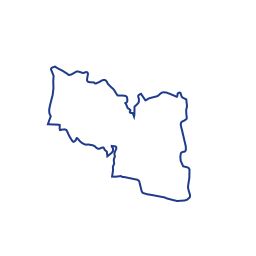 the district of Ha Giang, Hà Giang, Vietnam, rotated 236°
{"feature_id": "81297802B3651989276752", "entity_name": "Ha Giang", "entity_type": "district", "adm_level": 2, "iso_a3": "VNM", "parent_name": "Vietnam", "parent_adm1": "Hà Giang", "projection": "natural_earth1", "projection_center": [104.979, 22.815], "detail": "fine", "context": "isolated", "style": "outline", "palette": "blue", "viewbox_px": 256, "rotation_deg": 236, "n_neighbors": 0, "source": "geoboundaries", "source_scale": "gbopen_adm2", "svg_char_len": 3307}
<svg xmlns="http://www.w3.org/2000/svg" viewBox="0 0 256 256"><g transform="rotate(236 128 128)"><path d="M219.7,101.9L220.4,99.3L220.5,98.4L220.2,97.5L219.6,96.9L216.0,96.2L212.7,95.4L208.6,92.2L202.6,88.4L197.5,84.0L195.3,81.5L190.5,76.1L187.7,73.3L186.4,72.3L184.0,71.0L180.9,70.5L178.6,67.3L175.9,63.7L169.3,72.6L168.7,73.1L167.6,72.3L165.6,70.9L164.8,70.7L164.3,70.5L163.9,71.0L163.8,71.9L163.4,72.7L162.6,74.1L162.4,74.6L160.9,75.8L160.6,75.8L157.7,75.4L154.9,74.9L152.7,74.7L148.7,74.6L147.4,74.8L146.9,75.2L146.8,76.0L147.0,77.4L147.3,78.3L148.2,79.4L148.3,79.9L148.0,80.2L146.4,80.5L144.1,80.7L141.5,81.4L139.2,82.6L137.9,83.6L136.4,86.0L133.3,89.2L132.2,89.8L131.2,90.3L129.6,90.6L128.3,91.1L127.8,91.3L127.1,92.2L126.7,93.1L126.3,95.4L126.0,96.1L125.5,96.7L124.9,96.8L124.0,96.6L122.8,96.5L121.8,96.8L120.8,97.1L119.9,97.1L118.8,96.5L116.1,95.1L116.2,96.6L116.5,100.3L116.8,101.3L117.2,102.5L118.9,103.8L119.8,104.2L120.3,104.2L121.5,104.1L122.2,104.5L121.2,105.6L120.4,106.6L119.8,107.3L119.2,107.5L118.6,107.5L117.4,106.7L116.2,104.8L114.9,102.9L114.0,102.2L111.6,101.1L110.5,99.4L109.4,98.3L108.1,97.6L106.2,96.6L104.4,93.9L104.0,93.6L103.2,93.1L101.6,92.2L99.5,90.3L96.6,87.6L95.7,88.8L94.1,91.3L92.1,95.3L90.7,95.8L89.4,97.5L79.9,106.8L78.5,107.4L77.6,107.5L68.0,104.0L66.8,103.9L65.8,104.0L62.1,107.1L59.5,109.9L51.8,117.7L50.1,119.4L47.8,120.9L42.7,125.4L39.9,128.0L38.4,130.7L36.3,134.3L35.5,136.9L35.9,140.0L36.4,141.0L37.5,141.8L39.8,142.6L42.5,143.4L45.4,144.6L47.8,146.7L52.5,151.1L56.3,153.7L59.2,155.8L60.3,155.9L61.1,155.8L61.7,155.5L62.7,154.8L65.4,152.3L71.5,153.4L75.0,155.4L77.5,157.7L77.7,158.6L77.7,159.5L77.3,160.6L76.8,161.6L76.8,162.4L77.1,163.2L77.9,164.0L80.4,165.6L92.2,170.1L95.8,171.5L98.5,172.4L101.7,173.8L102.9,175.3L103.1,176.3L102.7,178.8L102.7,180.9L102.9,181.8L103.7,182.5L106.6,184.0L108.9,185.3L110.6,186.5L112.7,188.8L113.8,189.5L115.0,190.1L119.1,192.3L120.8,191.3L123.1,190.1L124.3,190.1L126.8,190.8L127.6,191.1L128.0,191.0L128.6,190.5L128.8,189.8L128.8,188.5L126.9,186.7L126.6,186.0L126.8,185.7L128.8,184.5L132.6,182.0L136.0,179.6L137.8,177.3L138.2,176.4L138.4,175.5L138.4,174.4L137.9,170.5L138.3,169.2L139.7,165.3L140.6,162.8L140.9,161.3L141.0,158.7L141.2,157.9L149.1,157.9L149.2,157.2L149.3,156.1L149.3,155.1L148.9,154.4L148.1,153.9L146.1,153.3L143.8,151.8L143.2,151.0L142.4,148.2L142.2,145.9L141.7,145.0L140.1,144.0L137.3,142.0L135.3,140.6L134.1,139.4L136.5,140.0L137.3,140.3L137.9,140.2L138.5,139.3L139.2,138.5L139.8,138.3L140.4,138.5L140.9,139.3L141.3,139.9L141.7,140.0L142.4,139.8L144.5,139.0L145.0,138.9L146.2,139.2L148.3,139.6L149.4,139.8L150.1,139.7L150.0,141.2L150.4,142.2L152.3,143.6L154.6,144.4L155.8,144.0L157.6,142.1L159.9,138.8L160.9,137.5L163.2,137.5L166.4,137.7L168.4,137.6L171.6,136.8L174.1,136.3L176.2,136.0L177.7,136.3L179.0,136.3L180.6,135.8L181.5,134.6L182.0,133.0L182.2,129.8L182.8,126.4L183.3,125.6L183.7,125.5L184.5,125.4L185.0,124.9L185.5,124.3L187.2,122.1L188.0,121.2L188.9,120.6L189.7,120.6L190.6,120.8L192.2,122.1L193.7,123.6L194.8,124.7L195.6,125.3L196.1,125.3L196.9,125.4L197.9,124.4L198.4,122.1L199.3,120.9L200.6,120.0L202.9,118.1L203.6,116.8L203.8,114.4L204.0,111.3L204.7,109.1L205.2,108.4L206.8,108.0L212.1,105.7L216.6,103.2L218.8,102.2L219.0,102.1L219.7,101.9Z" fill="none" stroke="#1e3a8a" stroke-width="2"/></g></svg>